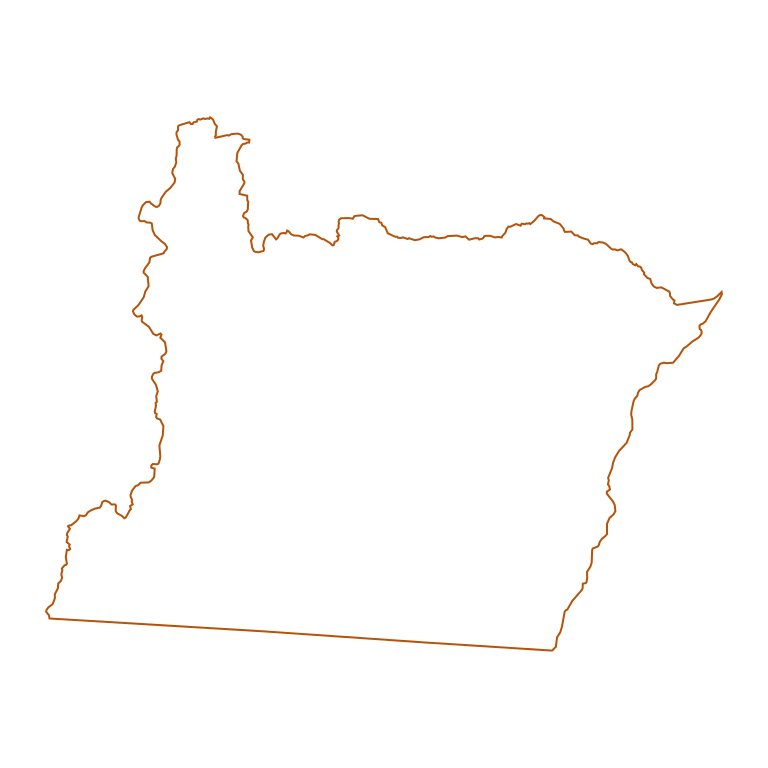 outline of Santana do Araguaia, Pará, Brazil
{"feature_id": "56859067B41471676463759", "entity_name": "Santana do Araguaia", "entity_type": "district", "adm_level": 2, "iso_a3": "BRA", "parent_name": "Brazil", "parent_adm1": "Pará", "projection": "orthographic", "projection_center": [-50.681, -9.277], "detail": "fine", "context": "isolated", "style": "outline", "palette": "amber", "viewbox_px": 768, "rotation_deg": 0, "n_neighbors": 0, "source": "geoboundaries", "source_scale": "gbopen_adm2", "svg_char_len": 6084}
<svg xmlns="http://www.w3.org/2000/svg" viewBox="0 0 768 768"><path d="M58.2,583.5L57.9,588.2L54.8,594.3L54.9,598.1L53.0,603.4L52.1,604.6L48.4,607.3L46.4,610.2L46.1,611.7L49.0,615.4L49.5,618.5L264.3,631.4L423.7,642.4L552.1,650.6L555.9,646.7L557.0,637.4L560.2,632.4L561.9,626.9L564.7,611.7L565.8,610.3L567.3,609.6L572.3,600.9L581.8,590.0L582.6,588.4L582.8,583.7L585.8,583.1L586.6,581.9L587.2,577.3L587.0,572.0L590.4,566.6L591.7,562.5L592.2,549.7L592.8,548.5L597.6,546.6L598.6,545.6L599.9,541.6L602.2,538.5L605.1,536.3L607.0,534.1L607.0,523.8L609.6,517.9L613.7,514.2L615.4,511.1L614.7,505.0L613.2,501.8L606.8,493.6L606.9,491.6L609.9,489.6L609.3,486.3L608.0,484.5L608.8,480.2L608.1,477.9L612.0,468.3L613.1,462.7L615.2,457.2L619.1,450.9L626.7,442.7L629.7,435.1L630.0,432.7L632.4,429.5L632.3,419.2L631.2,415.0L631.4,411.4L633.6,401.2L634.8,398.6L637.2,395.9L638.2,392.4L639.7,390.0L645.2,386.9L648.4,386.2L651.1,384.2L655.0,380.3L656.1,378.7L656.2,374.1L657.1,372.3L658.8,365.6L660.1,363.9L663.6,362.7L667.1,363.2L673.1,362.7L678.9,356.0L683.7,348.3L686.5,346.6L692.5,341.4L698.3,337.8L700.4,335.5L701.5,333.6L701.6,331.5L701.0,329.9L699.8,329.1L699.4,325.9L700.7,324.4L702.7,323.7L705.6,321.3L710.6,312.2L719.4,299.3L721.9,294.2L721.6,292.0L717.2,296.3L714.1,298.5L711.3,299.5L677.0,304.9L674.0,303.3L674.4,300.4L673.1,299.7L670.1,296.1L669.9,292.9L669.1,291.5L661.4,287.4L656.6,287.9L653.8,286.5L651.6,283.6L650.2,278.9L647.5,278.0L643.9,274.2L644.3,272.8L642.1,270.2L641.1,267.5L639.8,266.5L638.0,266.3L636.3,264.0L635.3,265.3L632.6,263.9L631.8,262.3L630.4,261.9L629.4,260.4L627.8,255.7L625.1,252.3L622.5,250.2L621.0,249.3L617.5,250.4L614.7,249.3L612.9,249.6L611.3,248.8L606.1,244.0L603.0,242.5L598.4,242.1L597.1,243.3L594.0,243.2L592.8,244.1L590.8,243.6L588.0,239.7L583.0,238.3L578.9,236.6L577.7,235.4L574.8,235.3L571.3,231.6L564.9,231.9L563.9,230.3L563.6,228.5L559.6,223.8L553.6,221.5L550.5,218.9L544.0,218.4L544.4,217.0L541.7,215.0L540.1,215.1L538.4,216.0L534.3,220.8L530.3,224.1L529.3,223.1L528.0,223.7L526.3,223.4L525.1,224.2L521.6,223.7L520.6,225.7L516.1,224.0L510.2,226.8L508.4,226.6L506.5,229.3L505.4,232.7L502.3,236.1L501.7,237.5L498.3,237.0L494.8,237.4L490.2,235.8L485.9,235.8L484.1,236.3L483.5,237.7L482.2,238.7L479.2,239.5L478.3,238.3L475.0,238.2L469.1,239.7L465.5,236.4L462.1,237.1L457.0,235.6L447.7,236.1L445.2,237.6L438.8,238.3L435.7,237.7L433.3,236.4L431.7,236.8L430.2,236.0L428.6,237.1L424.0,237.1L419.7,239.3L414.9,240.2L408.9,238.2L407.7,239.0L402.7,237.3L401.2,238.0L398.1,237.8L397.0,236.6L395.3,236.8L387.8,233.3L385.1,227.0L382.2,225.4L381.3,222.7L379.3,222.2L378.0,219.0L369.5,218.8L362.6,215.3L356.1,215.8L354.3,216.2L353.0,218.7L348.9,218.1L342.3,218.2L340.6,218.5L339.2,219.7L338.6,221.5L339.0,223.6L338.4,225.6L338.7,227.2L338.2,228.7L336.9,230.2L336.8,231.7L339.2,235.5L337.3,236.4L338.4,237.7L338.2,239.2L337.5,240.6L334.6,242.1L333.7,245.1L332.3,245.3L330.2,243.1L323.7,239.2L322.3,239.2L315.3,234.9L309.6,234.3L308.1,235.2L304.9,236.1L303.5,237.5L298.8,235.7L293.8,235.5L291.2,234.3L288.8,231.4L287.1,230.6L286.6,232.3L285.5,233.5L284.2,233.0L281.3,233.3L279.6,234.4L277.7,237.9L276.1,239.4L272.0,234.2L268.5,234.7L265.4,237.6L263.9,241.7L263.2,245.6L264.1,249.3L263.5,250.9L258.4,252.3L255.5,251.9L253.8,251.0L252.2,247.6L251.0,240.5L252.8,237.3L248.5,231.2L248.2,226.5L248.6,224.6L247.9,223.4L247.7,220.1L245.4,218.0L243.7,217.4L243.0,216.1L244.1,213.1L246.8,211.5L247.8,209.4L248.2,201.5L247.3,200.5L247.2,195.7L239.6,194.0L239.6,191.1L244.3,183.3L244.5,181.8L242.8,179.1L242.9,174.8L239.9,170.7L238.4,163.7L236.5,161.3L237.3,153.0L241.4,145.6L242.8,144.1L246.0,143.4L247.2,142.5L249.1,142.5L249.4,139.7L243.8,139.1L242.6,137.9L242.6,136.5L241.6,135.4L240.6,134.5L237.2,133.6L231.5,134.1L228.8,135.6L227.2,135.1L215.4,137.8L215.1,136.4L215.9,135.1L215.8,131.9L216.9,126.3L214.9,124.0L212.9,119.3L210.1,117.4L209.2,118.8L207.8,118.4L205.0,119.0L203.4,118.4L200.2,119.6L198.6,119.1L197.3,119.8L196.8,121.6L193.5,122.4L192.6,124.0L191.0,124.1L189.4,122.2L179.5,125.2L178.1,126.2L178.0,130.3L176.6,132.0L176.4,134.2L178.1,140.0L179.4,141.2L179.7,144.5L178.7,146.2L177.3,147.2L176.7,149.1L176.6,155.4L175.8,158.9L176.3,162.4L174.9,166.6L173.0,169.0L172.2,172.9L175.2,178.9L174.6,182.5L170.4,187.9L165.7,191.8L161.3,198.3L160.6,200.2L160.5,203.2L159.0,205.7L157.2,206.9L155.6,206.8L150.9,203.4L149.6,201.7L146.0,202.1L142.7,205.5L141.6,207.7L138.6,217.3L138.7,218.8L139.9,220.8L141.3,221.3L144.4,221.0L146.8,222.5L150.2,222.6L151.8,223.5L152.6,230.2L154.9,235.1L161.4,241.3L164.9,243.9L167.0,247.0L166.8,248.9L164.3,251.7L163.6,253.3L151.6,256.7L150.2,257.6L149.3,262.5L144.8,268.6L143.6,271.3L143.7,272.8L147.7,276.7L148.6,286.3L145.4,291.3L143.7,297.3L138.3,305.2L133.2,310.0L133.0,311.6L134.3,314.4L137.0,316.6L139.7,316.4L141.5,315.4L142.3,316.8L141.6,320.2L142.1,321.7L148.9,326.8L153.4,334.0L156.4,335.4L160.5,333.5L161.5,334.6L160.3,337.8L165.0,342.2L166.4,351.2L165.3,353.8L161.5,356.7L161.4,358.7L163.3,361.1L161.6,365.4L161.2,370.8L158.4,372.3L154.6,372.9L153.3,373.8L151.9,376.7L151.9,378.5L152.6,379.8L155.9,384.7L157.8,391.4L156.2,396.1L156.9,401.7L155.6,403.0L156.0,405.9L154.8,411.1L155.0,413.0L156.7,414.0L156.1,417.1L157.2,418.5L160.2,419.6L163.4,426.1L162.7,435.6L159.4,445.4L160.3,456.5L159.8,459.6L158.5,463.6L157.3,464.3L152.9,464.0L151.7,464.9L151.2,466.5L151.5,467.8L154.7,468.6L154.2,477.1L151.5,480.4L148.8,482.4L140.7,482.7L138.2,485.1L135.5,486.1L132.0,490.7L130.5,495.0L130.7,496.8L132.0,499.8L131.7,501.4L132.7,504.4L130.0,506.1L130.9,509.2L129.7,510.4L125.8,517.5L124.3,518.3L122.0,515.9L117.5,513.5L116.3,512.1L115.7,510.8L115.9,505.4L114.9,504.4L111.5,504.5L108.8,502.0L105.9,500.8L104.3,500.8L102.3,502.1L101.2,505.6L99.9,507.6L95.0,508.6L90.9,510.4L87.9,512.3L85.9,515.3L84.0,516.2L79.5,515.4L78.5,518.4L76.5,521.0L71.1,525.3L69.6,525.3L68.0,526.2L69.9,528.8L67.2,533.1L66.8,535.0L67.8,536.4L66.6,542.0L69.6,544.5L69.1,546.3L70.1,549.2L68.7,550.2L66.9,549.8L65.8,556.9L66.9,563.7L66.0,564.9L64.5,565.3L61.8,568.6L62.4,570.3L61.3,574.3L62.1,577.7L60.9,580.9L58.2,583.5Z" fill="none" stroke="#b45309" stroke-width="2"/></svg>